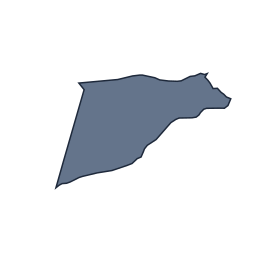 Rodolfo Fernandes, Rio Grande do Norte, Brazil (Natural Earth projection), rotated 217°
{"feature_id": "56859067B55531963216971", "entity_name": "Rodolfo Fernandes", "entity_type": "district", "adm_level": 2, "iso_a3": "BRA", "parent_name": "Brazil", "parent_adm1": "Rio Grande do Norte", "projection": "natural_earth1", "projection_center": [-38.107, -5.85], "detail": "fine", "context": "isolated", "style": "filled", "palette": "slate", "viewbox_px": 256, "rotation_deg": 217, "n_neighbors": 0, "source": "geoboundaries", "source_scale": "gbopen_adm2", "svg_char_len": 818}
<svg xmlns="http://www.w3.org/2000/svg" viewBox="0 0 256 256"><g transform="rotate(217 128 128)"><path d="M63.5,213.2L68.1,212.0L71.9,212.6L75.1,212.5L80.5,213.5L83.8,210.7L89.5,213.2L93.0,214.2L97.1,214.9L97.5,219.1L99.0,216.8L102.9,215.3L106.0,209.9L109.4,206.6L113.9,197.7L116.7,195.0L123.8,190.0L131.6,185.5L136.8,184.3L148.2,179.0L150.6,177.2L155.7,172.3L165.3,160.6L194.3,134.3L186.1,132.2L160.1,64.1L152.0,43.2L149.6,36.9L148.6,40.8L147.2,43.9L143.8,46.9L141.7,50.1L137.3,59.0L135.2,62.0L125.7,73.5L115.2,84.4L106.0,97.9L103.4,102.1L102.2,109.1L100.1,112.7L101.5,118.5L102.3,121.2L102.2,125.8L98.6,135.7L97.0,158.1L95.0,163.6L93.2,166.7L83.0,174.7L80.1,177.7L79.2,181.1L79.4,184.0L78.8,188.6L77.1,191.0L66.9,198.9L62.9,201.8L61.7,206.1L63.5,213.2Z" fill="#64748b" stroke="#1e293b" stroke-width="1.5"/></g></svg>